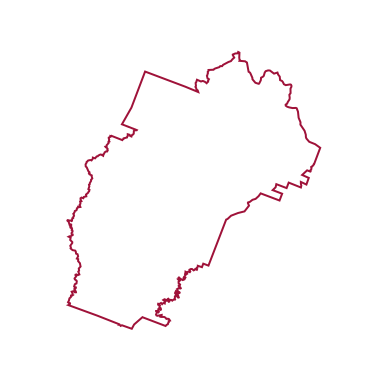 the district of Whittlesea, Victoria, Australia, rotated 13°
{"feature_id": "25037944B28600424223398", "entity_name": "Whittlesea", "entity_type": "district", "adm_level": 2, "iso_a3": "AUS", "parent_name": "Australia", "parent_adm1": "Victoria", "projection": "orthographic", "projection_center": [145.045, -37.551], "detail": "fine", "context": "isolated", "style": "outline", "palette": "rose", "viewbox_px": 384, "rotation_deg": 13, "n_neighbors": 0, "source": "geoboundaries", "source_scale": "gbopen_adm2", "svg_char_len": 5890}
<svg xmlns="http://www.w3.org/2000/svg" viewBox="0 0 384 384"><g transform="rotate(13 192 192)"><path d="M165.4,334.1L171.9,325.1L172.3,325.2L196.4,328.5L197.1,327.2L198.2,326.3L198.2,325.1L198.7,324.1L198.3,323.1L199.5,322.3L198.3,321.1L197.1,320.9L195.6,321.4L194.4,320.4L192.9,320.0L189.9,320.7L189.1,320.6L189.3,320.0L190.2,319.3L190.1,318.6L186.2,320.4L185.2,320.3L184.5,319.5L184.9,317.5L184.7,316.8L183.9,316.4L183.8,316.0L184.6,315.8L186.3,316.8L186.7,316.1L185.6,314.6L185.6,313.6L186.7,313.4L188.0,313.9L188.2,313.5L187.7,312.3L186.1,311.6L186.3,310.0L184.3,309.4L184.2,308.5L185.5,308.4L186.8,307.1L188.1,308.0L188.7,307.0L189.6,306.4L190.5,306.7L190.4,304.7L188.3,303.7L189.3,302.7L191.0,302.9L191.4,303.7L192.4,302.6L192.5,301.7L192.9,301.3L193.4,301.6L193.6,302.2L193.0,303.5L194.1,304.2L194.5,303.9L194.7,302.4L195.1,302.0L196.3,301.8L197.2,302.3L198.3,300.9L199.6,300.7L199.7,300.4L199.1,299.8L199.1,298.6L198.8,297.6L199.4,296.6L199.9,296.5L202.3,298.0L202.8,297.7L201.5,295.6L200.1,294.7L198.7,294.8L198.2,294.3L198.6,292.3L200.2,293.2L200.6,293.8L202.0,293.6L202.6,293.1L202.6,292.7L202.2,292.4L200.4,292.2L199.7,291.8L200.1,290.9L199.3,290.0L200.6,288.7L202.3,288.7L202.7,288.4L202.3,287.7L200.2,286.6L200.1,286.2L201.1,285.9L201.2,284.8L199.5,283.9L199.1,282.5L200.3,280.8L200.3,280.3L198.6,280.6L197.9,280.1L198.8,279.5L198.2,278.6L198.5,278.2L200.2,279.2L202.8,279.9L204.3,278.8L204.7,277.2L204.2,277.3L203.7,277.9L203.1,277.7L203.3,276.6L204.3,274.9L204.4,274.4L203.7,273.8L203.7,273.2L205.3,273.1L205.7,272.7L205.3,272.2L203.7,271.7L203.6,271.1L205.1,271.4L206.4,270.4L207.9,270.6L208.2,269.9L207.2,268.8L207.0,268.3L208.4,267.2L209.6,267.1L211.2,268.0L211.9,267.5L212.5,266.3L214.2,266.7L214.3,266.1L213.7,266.1L213.6,264.9L214.5,263.5L214.3,262.6L218.6,263.0L219.1,259.3L224.6,260.0L231.5,211.2L232.7,210.3L235.4,206.3L241.6,202.1L247.5,199.1L250.6,192.5L248.9,190.1L249.0,189.5L250.5,188.7L252.7,186.0L255.5,184.4L257.8,181.1L259.2,177.9L279.2,180.6L280.2,173.4L270.2,172.0L272.4,168.6L272.4,165.4L283.3,166.9L284.1,161.1L297.1,163.1L297.1,161.2L296.3,159.7L295.8,157.7L301.8,159.0L302.6,152.0L295.5,150.6L299.3,145.0L302.7,145.5L302.9,145.3L302.5,144.1L303.1,143.4L303.0,141.9L302.5,140.9L303.2,140.4L303.5,139.4L304.2,138.9L304.4,137.4L304.7,137.3L307.0,120.1L301.2,117.7L294.9,116.7L291.4,114.1L290.6,112.8L290.0,110.6L287.9,107.0L282.5,102.0L282.0,99.6L279.2,95.7L277.2,89.9L275.2,86.9L274.3,86.7L271.1,87.6L267.6,87.7L265.6,87.5L263.9,86.8L263.6,85.8L264.8,84.5L265.0,83.1L266.2,79.7L266.0,78.2L265.0,75.4L265.8,73.5L264.7,69.1L265.2,67.1L264.9,65.9L264.3,65.2L263.4,65.1L259.3,66.8L257.3,66.3L255.8,64.4L254.6,63.5L252.7,63.2L251.5,59.8L249.5,58.2L248.4,56.4L245.3,58.2L240.6,56.1L238.8,56.4L236.6,57.7L236.0,59.2L235.8,62.7L235.1,63.8L233.6,65.1L233.9,67.7L233.0,71.3L232.5,71.6L229.2,71.3L225.6,68.6L225.1,67.1L222.2,63.2L221.4,62.5L220.1,62.1L216.4,53.5L214.3,52.7L208.8,53.5L209.0,52.6L208.4,52.1L207.8,50.4L206.9,45.6L205.5,45.2L205.3,46.6L203.0,47.3L200.8,48.9L200.8,49.2L202.9,51.6L201.5,53.6L200.5,55.7L198.3,57.1L193.7,61.1L193.0,62.6L191.2,63.0L190.5,64.2L187.0,66.3L186.1,67.0L185.5,68.0L180.6,69.4L180.8,70.5L180.3,71.5L180.8,72.5L180.6,73.6L180.7,74.4L180.4,75.4L181.6,77.8L183.1,78.3L182.6,80.1L182.9,80.9L182.2,81.7L181.8,82.7L179.7,81.7L177.9,81.4L177.2,81.5L175.9,82.3L171.6,81.5L171.4,84.1L171.0,84.9L172.0,87.8L171.7,88.8L172.7,89.8L173.3,91.1L174.7,91.7L175.6,93.2L161.8,90.9L119.2,85.2L114.0,123.4L108.5,141.8L124.3,144.1L124.2,144.3L122.0,144.9L121.6,145.6L122.1,148.3L121.5,149.4L120.9,149.7L120.7,150.7L120.2,151.0L120.3,151.5L119.1,151.3L118.4,150.3L116.4,150.2L116.8,151.9L116.4,152.6L116.4,153.5L113.3,155.1L113.3,155.9L112.6,156.4L112.4,157.1L100.9,155.4L100.7,155.9L99.8,155.8L99.9,156.7L98.7,157.7L99.0,158.2L98.9,158.7L99.6,159.7L99.5,161.0L100.1,161.5L99.3,162.2L99.7,163.1L98.3,165.7L98.6,167.0L97.5,167.4L97.9,167.8L98.9,168.0L100.1,169.0L100.0,169.9L100.5,170.3L100.2,171.6L99.0,171.9L98.0,173.0L97.7,174.6L97.1,175.3L97.3,175.7L97.3,176.7L95.1,176.0L94.3,176.1L92.6,177.5L92.1,178.4L91.1,178.8L90.0,181.0L87.7,180.8L87.9,181.8L87.0,183.8L86.3,183.6L84.6,184.2L83.5,184.9L83.1,185.9L82.6,186.3L82.6,187.4L82.1,189.0L82.7,191.0L83.9,191.7L86.5,195.2L87.5,195.7L87.4,196.8L88.1,196.9L88.1,197.8L90.6,198.4L90.6,199.1L91.8,201.2L90.9,202.8L91.2,203.8L90.4,206.4L90.6,207.4L90.0,208.1L90.7,209.6L90.4,212.5L91.6,212.9L91.6,214.4L91.2,214.8L91.0,216.0L89.3,218.3L90.0,220.0L87.8,221.1L87.5,222.5L85.6,222.3L84.8,223.2L85.0,224.1L86.3,225.8L85.1,226.4L85.7,227.6L85.9,228.6L85.4,229.7L86.6,231.7L85.5,232.1L84.9,231.7L84.3,231.8L84.1,233.3L83.5,233.8L83.7,235.2L83.4,235.9L82.1,236.9L82.1,238.1L81.7,239.2L81.8,239.9L81.4,240.1L82.4,241.7L81.9,243.1L82.1,244.1L81.3,244.5L81.5,247.1L81.2,247.4L80.3,247.0L79.4,247.4L77.3,247.3L77.0,247.7L77.3,248.2L78.4,248.6L80.1,251.5L80.9,250.8L81.6,250.9L81.9,252.3L81.2,253.4L81.8,254.2L82.8,253.9L83.5,255.0L83.3,256.1L84.2,256.5L84.4,256.9L84.5,257.7L84.0,258.4L83.9,259.3L84.4,260.4L85.3,260.3L85.4,260.9L84.3,261.7L83.7,262.6L82.6,262.7L81.9,263.3L84.0,263.8L84.1,266.1L86.6,267.7L86.8,268.6L85.5,271.8L86.5,273.3L86.4,274.3L88.7,275.5L91.4,275.4L92.1,276.1L92.9,278.1L94.5,278.4L95.5,280.3L94.8,282.8L96.2,283.0L96.6,285.0L98.8,286.6L100.2,289.7L98.9,292.0L99.7,294.1L99.1,295.1L100.8,297.7L99.4,298.7L97.9,298.3L97.1,298.8L97.2,299.3L97.7,299.5L98.1,300.3L97.0,302.6L97.5,303.5L99.2,304.2L99.8,304.8L100.0,307.1L98.6,308.2L98.4,310.6L98.9,311.0L100.3,311.1L100.3,312.0L99.2,312.8L99.2,313.1L101.2,315.1L101.5,315.8L100.6,316.1L100.2,316.0L100.1,315.2L98.8,315.3L97.2,316.2L98.6,318.0L98.4,319.2L99.0,319.3L98.4,320.0L97.4,320.2L97.6,321.7L96.5,323.2L96.5,325.7L96.0,327.3L97.0,327.9L97.9,327.7L98.3,328.3L98.0,329.2L97.0,330.0L127.7,333.8L150.6,337.2L150.5,337.8L151.4,337.6L152.6,338.5L153.7,337.6L164.1,338.8L165.4,334.1Z" fill="none" stroke="#9f1239" stroke-width="2"/></g></svg>